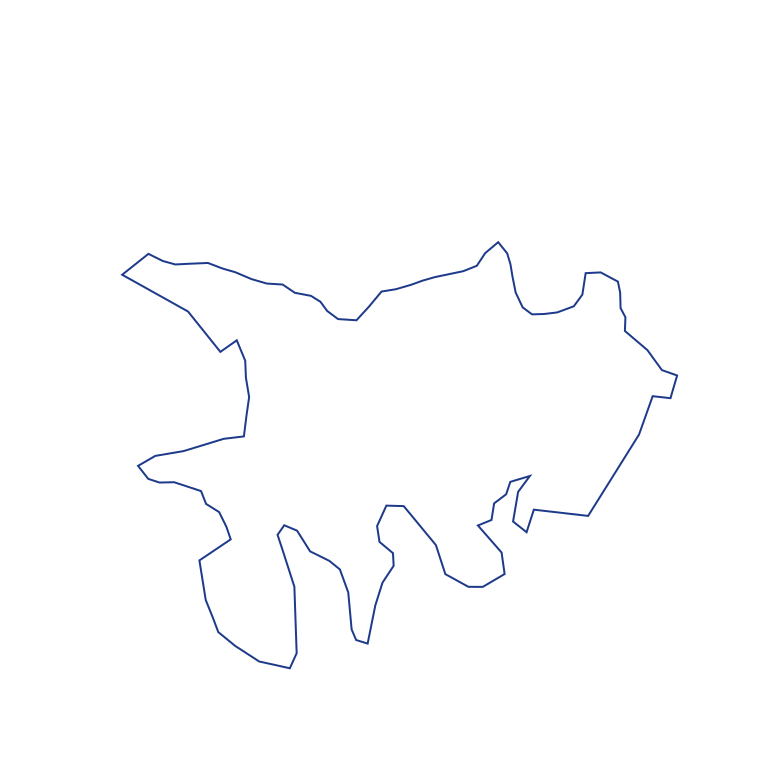 outline of Rodeio Bonito, Rio Grande do Sul, Brazil, rotated 62°
{"feature_id": "56859067B52959959308117", "entity_name": "Rodeio Bonito", "entity_type": "district", "adm_level": 2, "iso_a3": "BRA", "parent_name": "Brazil", "parent_adm1": "Rio Grande do Sul", "projection": "natural_earth1", "projection_center": [-53.173, -27.461], "detail": "fine", "context": "isolated", "style": "outline", "palette": "blue", "viewbox_px": 768, "rotation_deg": 62, "n_neighbors": 0, "source": "geoboundaries", "source_scale": "gbopen_adm2", "svg_char_len": 1569}
<svg xmlns="http://www.w3.org/2000/svg" viewBox="0 0 768 768"><g transform="rotate(62 384 384)"><path d="M380.8,153.9L398.2,166.9L404.5,179.9L402.1,197.5L397.3,209.9L392.0,220.6L381.5,225.6L365.0,224.8L349.1,220.0L337.5,216.1L326.5,213.9L312.4,216.6L315.9,233.1L323.2,246.6L321.6,261.0L317.7,274.5L313.5,288.9L310.9,301.1L309.1,313.6L305.8,329.3L301.2,342.8L308.7,361.1L314.8,378.4L305.1,394.1L292.8,399.9L281.6,401.5L271.9,407.1L261.6,419.9L248.6,426.8L240.3,440.3L229.1,451.8L215.4,462.9L206.4,472.2L194.5,482.6L186.2,499.9L180.5,512.1L171.5,521.6L158.5,530.9L164.6,563.9L228.0,523.0L278.8,513.4L276.3,493.5L298.3,495.6L313.7,503.0L332.2,509.2L347.4,520.3L364.5,532.3L357.1,551.4L349.1,592.6L340.1,619.7L340.8,639.6L357.1,636.7L365.6,628.5L372.2,615.4L392.7,595.8L406.3,597.4L419.7,589.7L436.2,590.2L449.2,592.3L453.1,629.8L491.0,642.8L510.8,644.9L525.3,646.8L545.5,638.3L570.4,624.5L590.8,600.6L580.7,587.5L520.9,558.3L482.4,551.4L467.2,548.8L461.9,538.4L472.7,529.6L497.1,527.8L514.5,515.3L527.0,510.0L551.2,513.4L585.5,527.8L597.0,528.8L605.5,520.3L575.4,495.6L558.7,478.6L549.0,460.8L537.6,455.5L521.3,462.1L506.2,456.8L492.5,439.0L501.1,423.9L550.6,413.8L580.7,419.1L602.7,404.7L609.5,392.0L608.4,366.7L588.0,359.3L553.0,367.5L554.5,352.9L541.1,342.8L538.7,327.9L529.7,318.4L533.7,298.4L542.2,316.2L566.0,334.6L581.8,327.7L565.3,310.7L596.3,265.7L548.4,182.6L520.9,152.5L531.0,137.7L514.1,121.2L502.2,132.1L477.8,135.5L450.3,146.4L438.4,139.5L428.1,139.5L414.2,132.6L403.4,129.4L387.2,140.3L380.8,153.9Z" fill="none" stroke="#1e3a8a" stroke-width="2"/></g></svg>